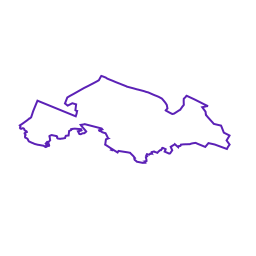 the district of Sīļukalna pag., Riebinu, Latvia, rotated 25°
{"feature_id": "27541924B52460704255524", "entity_name": "Sīļukalna pag.", "entity_type": "district", "adm_level": 2, "iso_a3": "LVA", "parent_name": "Latvia", "parent_adm1": "Riebinu", "projection": "equal_earth", "projection_center": [26.662, 56.5], "detail": "fine", "context": "isolated", "style": "outline", "palette": "violet", "viewbox_px": 256, "rotation_deg": 25, "n_neighbors": 0, "source": "geoboundaries", "source_scale": "gbopen_adm2", "svg_char_len": 5084}
<svg xmlns="http://www.w3.org/2000/svg" viewBox="0 0 256 256"><g transform="rotate(25 128 128)"><path d="M73.3,165.1L75.2,163.7L74.9,161.8L75.0,161.3L77.3,159.9L76.7,158.0L75.9,155.6L76.3,155.1L77.3,153.9L77.2,153.5L77.0,153.0L78.0,152.5L78.0,152.3L80.0,151.1L85.4,149.1L85.9,148.9L86.8,149.7L86.7,149.8L86.7,150.0L86.2,150.4L86.0,150.5L85.8,150.8L85.5,151.1L85.2,151.2L84.0,152.1L86.5,154.0L87.8,153.6L89.1,152.0L90.4,151.3L90.6,151.2L91.5,149.3L91.6,148.8L90.6,148.4L90.3,148.2L87.4,146.9L84.6,145.7L83.8,145.2L85.9,143.8L86.9,143.0L87.1,142.8L101.6,140.1L102.2,140.0L104.3,139.6L105.3,140.1L102.7,142.3L102.9,142.5L103.5,142.7L105.2,142.4L105.8,142.6L106.5,142.7L108.1,142.5L109.8,142.2L110.9,143.0L111.7,143.6L113.9,145.4L114.3,145.8L114.5,145.8L112.8,147.6L113.9,151.2L114.1,151.8L114.3,152.7L116.8,153.0L120.2,153.5L120.9,153.6L122.6,153.8L122.1,154.9L123.3,154.8L124.0,154.0L128.9,154.6L129.1,152.8L138.0,150.2L140.4,149.6L140.5,149.7L145.0,151.3L144.9,151.3L146.9,152.3L146.5,152.8L147.0,153.5L147.3,153.9L147.7,154.1L148.7,154.3L149.7,154.6L150.3,154.8L156.0,153.4L158.3,152.2L158.2,152.1L158.0,151.8L158.0,151.7L158.3,150.9L158.0,150.7L157.9,150.7L158.7,150.1L158.3,149.2L156.8,147.3L156.5,146.9L157.2,145.7L156.2,145.3L156.2,143.7L156.9,143.5L157.7,143.5L158.5,143.2L158.7,142.7L158.9,142.0L159.3,141.6L159.8,141.7L160.0,141.5L160.1,140.9L160.4,140.9L159.9,140.4L160.1,140.0L159.8,139.7L160.9,138.8L161.2,138.5L161.3,138.5L161.9,138.2L162.5,138.4L163.3,138.2L165.1,138.1L165.6,136.4L166.4,134.8L166.5,134.5L167.3,134.1L167.3,133.5L167.5,133.1L167.4,132.8L167.7,132.2L167.5,131.6L167.9,131.3L171.1,131.3L171.2,131.9L171.2,133.9L176.1,133.8L176.8,133.3L176.9,133.1L177.5,129.5L175.3,127.6L174.7,127.0L175.0,126.7L174.9,126.6L175.9,125.1L177.3,123.0L177.3,122.9L181.7,124.2L181.6,123.0L183.0,122.1L183.1,121.9L183.0,120.7L185.5,119.2L185.9,119.0L188.3,117.8L190.6,116.7L190.8,116.6L191.7,115.7L191.8,115.5L193.4,114.3L195.6,112.9L197.7,112.9L206.0,112.5L207.3,107.7L210.8,106.9L213.6,106.3L218.4,105.9L226.5,105.2L226.6,102.7L227.1,100.1L222.6,97.6L223.1,93.1L223.1,92.8L223.2,92.4L223.2,91.9L216.8,91.7L212.0,87.1L211.3,86.5L209.9,86.8L205.6,87.7L203.9,88.0L203.2,87.6L198.9,85.8L198.0,85.4L195.4,84.3L194.9,84.0L193.3,83.4L193.1,83.2L193.1,82.9L192.9,82.7L192.7,82.6L192.6,82.4L192.5,82.2L192.3,82.0L191.9,81.3L191.7,80.9L191.3,80.4L191.1,80.3L186.5,77.8L188.1,76.6L190.2,74.9L190.3,74.7L190.5,74.7L191.3,74.4L185.9,74.3L183.0,74.2L179.8,74.1L176.3,74.0L173.3,74.0L167.5,74.0L167.2,74.7L167.2,75.1L167.1,75.6L166.2,77.9L166.9,79.7L168.0,81.9L168.8,83.4L168.8,83.5L168.4,85.2L168.3,85.3L168.1,86.6L168.0,87.2L167.7,88.5L167.7,89.2L167.5,89.6L167.0,90.2L165.3,92.9L163.6,95.6L162.2,96.6L159.2,96.5L157.7,96.4L156.6,96.3L156.3,96.3L154.9,96.2L154.7,96.1L155.5,93.6L153.4,90.7L151.0,89.2L147.2,87.4L146.2,87.0L142.5,86.8L140.1,86.9L139.0,87.0L136.7,87.1L131.3,87.2L128.6,87.7L128.0,87.7L126.5,87.9L120.5,89.0L120.3,89.1L117.8,89.5L116.5,89.7L114.3,90.1L109.4,91.0L109.0,90.9L97.3,91.6L94.0,91.7L90.8,91.9L88.3,92.0L88.2,92.0L86.5,91.7L83.4,91.9L81.8,92.1L81.7,92.8L81.6,93.9L81.4,97.0L80.9,97.7L80.9,97.8L78.6,100.9L74.0,106.9L71.2,110.4L64.3,120.1L61.7,123.6L60.1,126.0L60.5,132.4L63.9,133.2L67.1,129.1L71.0,128.5L72.8,134.1L74.5,134.3L74.7,134.2L74.8,134.7L74.8,134.9L75.1,135.7L75.3,136.5L75.7,139.5L34.4,141.5L34.9,152.2L35.0,153.5L35.3,155.8L35.7,159.3L35.6,159.5L35.3,160.1L35.2,160.3L34.7,160.9L34.8,161.0L34.3,161.7L33.7,162.9L33.6,163.2L30.3,169.1L28.9,171.3L29.2,171.4L29.5,171.6L29.8,171.9L29.9,172.1L29.8,172.6L30.0,173.1L30.1,173.4L30.1,173.6L30.3,173.7L30.6,173.9L30.8,174.0L31.0,174.0L31.3,173.9L31.6,173.8L31.8,173.7L32.1,173.2L32.3,172.9L32.5,172.8L33.0,172.6L33.4,172.5L33.6,172.5L33.9,172.6L34.4,172.9L34.7,173.2L34.9,173.5L35.7,173.8L36.1,173.9L36.6,173.8L37.7,174.0L37.8,174.1L37.9,174.3L38.0,174.4L37.9,174.5L37.7,174.8L37.4,175.2L37.3,175.3L37.0,175.7L36.6,176.2L36.6,176.3L36.5,176.5L36.7,176.8L37.3,177.1L37.9,177.4L38.1,177.5L38.2,177.8L38.0,178.5L38.1,178.9L38.2,179.1L38.4,179.4L38.5,179.7L38.7,179.9L38.9,180.1L39.0,180.1L39.4,180.1L41.3,180.2L41.4,180.3L41.7,180.4L41.8,180.5L42.3,180.9L42.5,181.1L43.0,181.5L43.8,182.0L44.9,182.0L47.2,182.0L47.9,181.9L50.0,181.9L53.4,181.3L54.3,181.0L58.1,180.0L59.1,179.7L60.4,180.0L61.3,180.1L61.5,179.9L61.8,179.7L61.7,179.6L61.1,179.0L61.2,178.7L61.3,178.6L61.5,178.5L62.0,178.5L62.3,178.5L62.6,178.4L63.6,177.8L63.9,177.6L64.0,177.5L64.0,177.3L63.7,177.1L63.3,176.2L63.2,176.1L62.6,176.0L62.3,176.0L62.1,176.0L62.3,176.3L62.0,176.5L62.3,176.6L62.3,176.8L62.1,177.1L61.9,177.2L61.4,177.2L61.0,177.3L60.8,177.3L60.4,177.1L60.3,176.7L60.1,176.7L60.5,175.0L60.6,174.7L61.1,174.5L61.8,174.2L62.0,174.2L62.1,173.9L62.4,172.6L62.5,172.3L62.6,171.9L62.4,171.7L62.0,171.1L61.6,170.4L61.0,169.6L60.4,168.9L60.2,168.6L60.2,168.4L61.0,167.5L61.5,166.9L61.7,166.7L62.0,166.6L63.9,166.2L65.4,165.8L65.8,165.8L66.6,165.5L66.8,165.5L67.1,165.6L67.4,165.8L67.4,166.1L68.1,167.0L68.4,167.1L68.6,167.2L68.8,167.2L70.8,166.6L71.1,166.5L71.4,166.3L71.9,165.9L73.3,165.1Z" fill="none" stroke="#5b21b6" stroke-width="2"/></g></svg>